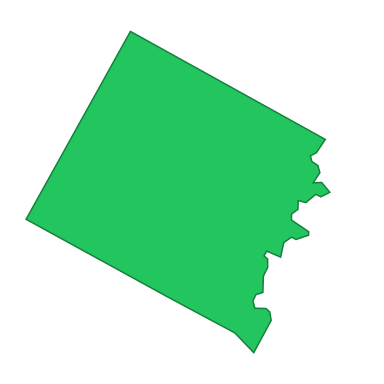 outline of Llano, Texas, United States of America, rotated 29°
{"feature_id": "52423323B33925670758301", "entity_name": "Llano", "entity_type": "district", "adm_level": 2, "iso_a3": "USA", "parent_name": "United States of America", "parent_adm1": "Texas", "projection": "robinson", "projection_center": [-98.441, 30.704], "detail": "fine", "context": "isolated", "style": "filled", "palette": "green", "viewbox_px": 384, "rotation_deg": 29, "n_neighbors": 0, "source": "geoboundaries", "source_scale": "gbopen_adm2", "svg_char_len": 645}
<svg xmlns="http://www.w3.org/2000/svg" viewBox="0 0 384 384"><g transform="rotate(29 192 192)"><path d="M323.9,302.6L323.5,265.9L318.2,259.2L313.2,258.0L303.3,263.2L298.0,257.6L297.7,250.7L302.7,245.5L295.2,230.9L294.8,221.4L290.6,213.9L286.0,213.0L286.0,207.5L301.1,206.0L296.8,191.7L301.0,183.2L306.0,183.1L314.9,173.3L313.4,170.2L292.5,168.3L289.8,162.9L293.1,155.8L289.0,148.0L296.8,146.0L301.4,134.0L307.1,133.7L312.7,125.4L300.7,120.8L293.5,125.3L294.5,113.1L289.2,107.8L282.0,107.2L278.1,103.0L281.8,97.2L283.1,81.4L60.3,81.4L60.1,296.3L220.4,295.6L297.9,294.5L323.9,302.6Z" fill="#22c55e" stroke="#15803d" stroke-width="1.5"/></g></svg>